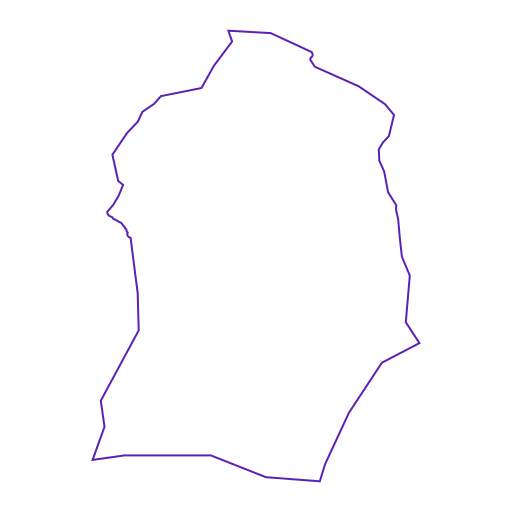 Nariinteel, Övörhangay, Mongolia
{"feature_id": "93677404B10303080752591", "entity_name": "Nariinteel", "entity_type": "district", "adm_level": 2, "iso_a3": "MNG", "parent_name": "Mongolia", "parent_adm1": "Övörhangay", "projection": "natural_earth1", "projection_center": [101.463, 45.858], "detail": "fine", "context": "isolated", "style": "outline", "palette": "violet", "viewbox_px": 512, "rotation_deg": 0, "n_neighbors": 0, "source": "geoboundaries", "source_scale": "gbopen_adm2", "svg_char_len": 1200}
<svg xmlns="http://www.w3.org/2000/svg" viewBox="0 0 512 512"><path d="M319.8,481.3L325.0,464.4L348.9,412.8L381.9,362.7L419.4,343.1L405.8,322.2L409.8,275.6L401.9,256.7L399.7,236.9L398.2,219.6L396.0,209.3L396.3,205.3L388.1,192.3L384.2,171.6L379.3,160.6L378.8,149.3L382.9,142.5L388.9,136.1L394.0,115.0L385.2,104.3L358.7,86.3L314.9,66.8L310.2,59.7L310.4,58.6L310.9,57.6L311.8,56.8L312.3,56.2L312.5,55.6L312.7,54.6L312.6,53.7L312.1,53.1L311.7,52.1L270.7,33.1L228.4,30.7L232.1,41.5L213.8,65.9L201.5,88.0L161.0,96.1L154.0,103.9L142.3,111.9L137.9,121.6L127.2,132.8L112.4,154.7L118.2,181.0L123.1,184.9L118.8,195.4L113.2,204.9L107.3,211.8L107.6,214.0L108.6,215.3L109.9,216.2L111.6,216.9L112.6,217.5L113.1,218.6L114.1,219.4L115.1,219.5L116.2,220.2L117.2,220.7L118.2,221.4L119.1,221.8L120.0,222.4L121.0,222.7L121.8,223.6L122.4,224.4L123.2,225.5L123.9,226.3L124.6,226.9L124.9,227.9L125.5,228.6L126.2,229.2L126.4,229.9L126.6,230.9L127.1,231.9L127.7,232.5L127.5,233.2L127.3,233.9L127.3,234.7L127.5,235.4L128.1,236.3L128.9,237.1L129.5,237.4L130.6,237.8L137.7,293.3L138.7,330.4L100.8,400.7L104.5,426.8L92.6,459.9L124.5,455.4L210.8,455.4L265.9,477.2L319.8,481.3Z" fill="none" stroke="#5b21b6" stroke-width="2"/></svg>